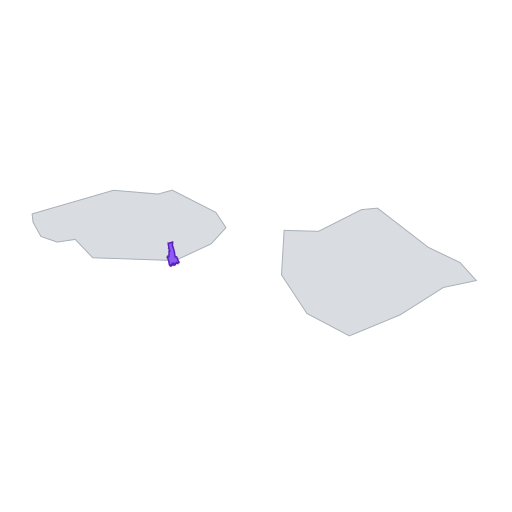 Sagaga le Usoga, Tuamasaga, Samoa (highlighted), rotated 164°
{"feature_id": "51752279B36122243432927", "entity_name": "Sagaga le Usoga", "entity_type": "district", "adm_level": 2, "iso_a3": "WSM", "parent_name": "Samoa", "parent_adm1": "Tuamasaga", "projection": "robinson", "projection_center": [-171.854, -13.828], "detail": "fine", "context": "in_parent", "style": "filled", "palette": "violet", "viewbox_px": 512, "rotation_deg": 164, "n_neighbors": 0, "source": "geoboundaries", "source_scale": "gbopen_adm2", "svg_char_len": 2474}
<svg xmlns="http://www.w3.org/2000/svg" viewBox="0 0 512 512"><g transform="rotate(164 256 256)"><path d="M188.3,153.5L222.9,186.7L236.7,230.8L221.9,272.9L189.2,262.5L141.8,271.5L126.0,268.5L88.0,216.8L61.7,193.5L51.0,171.7L84.6,174.1L133.6,159.7L188.3,153.5ZM459.6,358.2L375.0,358.5L333.2,342.6L318.4,342.4L282.6,309.0L277.1,291.5L295.9,280.0L335.0,273.9L413.4,299.3L425.2,321.8L443.3,324.2L457.3,334.0L461.0,349.8L459.6,358.2Z" fill="#d9dde1" stroke="#a8b0b8" stroke-width="1"/><path d="M332.3,292.4L333.2,292.4L335.9,292.3L336.3,292.3L336.8,292.5L336.8,292.3L337.0,291.7L337.2,291.0L337.3,288.5L337.8,287.6L337.6,287.5L337.6,284.5L338.2,284.7L338.6,283.5L339.0,282.0L339.8,280.0L339.9,279.5L340.1,279.6L340.6,279.7L341.1,280.1L341.7,279.1L341.4,279.0L341.4,277.3L341.3,276.4L341.3,275.1L341.4,274.3L341.5,273.2L341.6,272.3L341.7,272.1L341.6,271.7L341.6,271.2L341.4,270.8L341.2,270.5L341.0,270.2L340.9,270.4L340.7,270.4L340.6,270.5L340.8,270.5L340.6,270.8L340.2,270.9L339.9,270.7L339.7,270.6L339.7,270.3L339.5,270.5L339.6,270.9L339.6,271.0L339.4,271.0L339.4,270.9L339.2,270.9L339.0,271.0L338.9,271.1L338.7,271.0L338.4,271.0L338.2,271.0L338.2,270.9L338.1,271.0L337.9,271.2L337.8,271.4L337.9,271.6L337.7,271.5L337.6,271.4L337.6,271.1L337.4,271.4L337.5,271.5L337.4,271.6L337.3,271.3L337.2,271.1L337.3,270.7L337.2,270.3L337.3,270.2L337.2,270.1L337.2,269.9L336.9,269.8L336.6,269.7L336.4,269.8L336.2,269.8L336.0,270.0L335.9,270.0L335.9,270.3L335.9,270.5L336.0,270.6L335.9,270.8L335.9,271.0L336.0,271.2L335.9,271.2L335.7,271.1L335.5,270.9L335.4,270.9L335.2,270.9L335.0,271.0L334.9,271.0L334.7,271.3L334.5,271.6L334.4,271.7L334.2,271.7L334.1,271.4L334.2,271.2L334.3,271.1L334.3,270.9L334.2,270.8L334.0,270.7L333.9,270.6L333.6,270.5L333.5,270.4L333.3,270.3L333.2,270.5L332.9,270.7L332.7,271.1L332.4,271.0L332.3,270.9L331.8,270.9L331.7,271.4L331.8,271.9L331.8,272.1L331.9,272.3L332.0,272.5L332.2,272.8L332.2,273.1L332.2,273.5L332.2,274.0L332.1,274.4L332.1,274.6L332.2,274.8L332.3,275.0L332.4,275.3L332.5,275.9L332.5,276.2L332.4,276.8L332.6,277.0L332.8,277.1L333.2,277.2L333.9,277.2L333.8,278.0L333.9,279.5L333.7,279.9L333.6,280.3L333.6,280.7L333.5,281.0L333.5,281.3L333.4,281.6L333.3,283.2L333.3,288.0L333.5,288.1L333.5,288.5L333.6,288.8L333.4,289.2L333.4,289.4L333.3,289.7L333.4,289.9L333.4,290.0L333.2,290.2L333.1,290.3L332.9,290.6L332.9,290.8L332.9,291.0L332.6,291.4L332.5,291.5L332.4,291.8L332.4,292.0L332.3,292.4Z" fill="#8b5cf6" stroke="#5b21b6" stroke-width="1.5"/></g></svg>